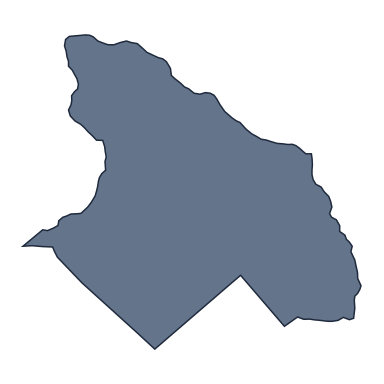 Santa Inês, Bahia, Brazil (orthographic projection)
{"feature_id": "56859067B23396017870292", "entity_name": "Santa Inês", "entity_type": "district", "adm_level": 2, "iso_a3": "BRA", "parent_name": "Brazil", "parent_adm1": "Bahia", "projection": "orthographic", "projection_center": [-39.849, -13.276], "detail": "fine", "context": "isolated", "style": "filled", "palette": "slate", "viewbox_px": 384, "rotation_deg": 0, "n_neighbors": 0, "source": "geoboundaries", "source_scale": "gbopen_adm2", "svg_char_len": 1894}
<svg xmlns="http://www.w3.org/2000/svg" viewBox="0 0 384 384"><path d="M89.8,35.3L85.7,34.9L69.3,36.4L65.6,39.4L64.5,45.9L66.2,51.3L67.0,56.8L68.5,61.3L68.5,66.2L72.3,70.2L74.9,75.1L76.9,78.6L78.4,84.1L77.6,88.9L74.5,91.7L71.6,95.7L71.8,100.5L71.0,104.9L68.5,110.0L70.3,116.0L74.9,120.9L80.7,124.3L84.2,127.5L88.4,132.1L92.1,135.5L96.5,140.2L102.7,140.4L104.7,146.8L105.2,151.3L106.2,157.0L105.0,161.5L105.6,170.2L101.8,173.6L99.4,177.6L98.4,181.4L97.7,186.2L96.7,190.5L95.2,195.8L91.3,202.3L87.6,207.2L84.2,210.4L80.9,213.4L76.2,213.8L70.9,214.0L66.9,215.9L62.8,217.3L58.8,220.7L58.0,225.5L53.6,228.0L47.5,230.6L42.7,229.8L23.0,246.2L32.1,245.7L42.7,246.6L52.6,247.0L54.5,251.5L57.4,257.2L82.0,282.9L138.7,334.2L142.1,337.4L154.8,349.1L230.6,283.8L240.6,275.3L284.4,326.3L297.6,317.0L303.7,319.3L309.7,319.1L314.7,319.9L318.5,320.2L327.9,321.3L332.1,321.3L338.0,320.4L343.4,317.4L349.4,319.7L353.6,318.3L354.8,308.3L354.3,300.4L354.8,296.2L357.6,293.4L359.8,289.5L361.0,285.7L357.7,278.5L357.5,272.3L355.8,264.9L354.8,260.0L353.0,256.2L350.9,251.7L352.2,246.2L349.3,242.0L346.4,239.3L344.9,235.1L339.7,231.5L339.7,225.7L336.4,219.8L331.5,217.2L329.6,213.6L331.9,207.0L330.6,201.3L328.7,196.4L324.1,191.7L321.1,187.0L315.9,184.3L313.1,179.6L312.0,174.7L312.0,170.0L312.4,164.9L312.1,159.0L311.4,153.8L305.8,153.8L302.5,151.0L299.6,148.3L295.9,145.6L292.3,144.3L288.0,144.5L282.6,143.8L277.2,143.4L271.0,141.6L266.2,140.0L261.1,139.2L256.5,136.4L251.7,133.8L246.0,129.1L240.0,122.5L236.0,120.7L232.1,117.9L224.7,111.5L219.8,104.4L216.9,99.2L214.1,95.3L210.2,93.2L205.4,92.6L200.0,94.2L194.0,93.2L188.8,88.9L184.4,86.9L180.6,83.2L175.1,78.9L171.4,75.5L170.4,68.3L166.4,61.7L162.7,58.8L158.4,57.7L151.9,54.7L146.8,52.3L142.6,48.3L137.3,43.6L131.0,42.5L126.5,41.0L120.4,42.5L113.8,44.8L107.8,44.7L102.4,42.8L97.7,40.9L93.3,36.9L89.8,35.3Z" fill="#64748b" stroke="#1e293b" stroke-width="1.5"/></svg>